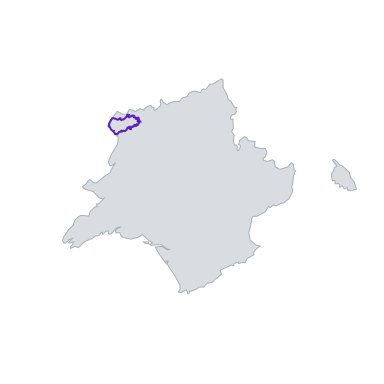 location of Pas-de-Calais within France, rotated 317°
{"feature_id": "FRA-5334", "entity_name": "Pas-de-Calais", "entity_type": "Metropolitan department", "adm_level": 1, "iso_a3": "FRA", "parent_name": "France", "parent_adm1": "", "projection": "natural_earth1", "projection_center": [2.469, 50.516], "detail": "fine", "context": "in_parent", "style": "outline", "palette": "violet", "viewbox_px": 384, "rotation_deg": 317, "n_neighbors": 0, "source": "natural_earth", "source_scale": "10m", "svg_char_len": 6479}
<svg xmlns="http://www.w3.org/2000/svg" viewBox="0 0 384 384"><g transform="rotate(317 192 192)"><path d="M282.5,160.5L280.4,161.5L279.1,163.6L277.8,164.1L275.3,164.1L274.0,162.8L271.1,163.6L269.9,165.0L271.7,166.6L265.9,173.3L262.2,175.0L261.5,179.4L257.1,182.7L255.5,186.1L255.3,186.8L256.5,187.9L256.0,190.2L253.8,191.7L253.8,193.1L254.5,193.3L257.9,192.2L259.2,190.8L258.5,189.0L261.9,186.8L268.1,187.3L268.9,190.3L268.1,192.8L272.7,198.2L268.9,200.8L268.7,202.4L272.7,207.9L275.3,210.2L274.0,213.8L269.8,216.2L267.1,216.0L266.0,216.6L266.1,217.7L268.0,221.1L272.6,223.2L273.4,225.7L272.1,226.6L270.1,230.4L271.0,232.3L270.7,233.2L271.2,234.4L272.4,235.7L278.8,239.0L284.6,238.3L285.3,240.2L281.9,245.2L282.1,247.4L280.4,247.5L280.1,248.2L276.5,249.9L270.9,255.0L268.2,256.4L267.2,259.0L265.6,260.4L257.4,263.3L255.9,262.7L251.9,262.7L249.3,260.9L244.5,259.8L242.9,257.1L238.4,256.6L238.2,254.8L231.9,256.4L223.0,254.0L219.9,251.4L217.4,252.1L215.1,254.4L205.6,260.6L201.8,266.9L202.6,274.4L204.8,278.0L198.9,277.5L195.5,278.6L194.6,280.1L186.3,278.3L183.3,279.8L182.5,279.7L181.4,278.1L177.4,276.4L178.0,275.2L177.4,274.1L173.6,273.2L172.3,274.3L170.9,272.1L160.3,268.7L158.5,268.8L157.8,272.1L151.0,272.0L150.0,271.4L145.6,272.1L140.9,269.0L135.7,269.6L132.5,266.4L129.4,266.1L125.1,264.5L123.1,263.6L122.8,262.7L121.5,264.1L119.9,263.8L119.5,263.4L120.6,261.6L120.9,259.5L115.4,258.0L114.0,256.5L114.0,255.7L116.9,255.0L119.6,252.1L122.3,241.6L124.3,229.3L125.7,227.0L127.4,226.4L126.0,224.7L124.3,226.9L125.5,215.6L127.6,207.2L132.1,210.6L133.2,212.1L134.4,217.2L137.0,219.3L135.3,217.2L133.8,210.5L132.8,208.6L125.6,203.0L125.4,201.7L128.5,202.4L127.3,198.2L126.7,189.5L122.3,188.6L115.3,184.9L110.6,178.2L110.1,175.7L111.4,173.0L110.3,171.3L108.3,170.2L109.9,167.9L111.4,167.7L116.4,169.0L112.3,166.8L105.6,167.6L102.9,166.8L102.5,165.2L104.3,163.2L102.1,162.0L98.3,162.3L97.8,161.7L99.0,160.3L98.0,159.7L94.9,160.3L93.1,159.8L91.5,158.2L86.5,157.8L85.3,156.9L78.4,154.9L71.1,155.3L69.2,152.0L64.8,150.4L65.7,149.3L70.2,148.4L71.1,147.5L67.9,146.1L66.8,144.7L72.7,144.4L70.1,143.0L64.3,143.1L63.6,141.1L64.4,139.1L67.8,137.3L76.2,135.4L82.3,135.3L86.6,133.0L90.9,132.4L94.9,133.5L100.2,139.2L104.6,136.7L111.1,136.8L112.4,138.2L114.1,135.6L115.5,137.1L123.5,136.6L121.6,135.6L120.2,133.2L120.0,124.2L116.1,117.8L115.2,115.4L115.4,113.5L120.1,113.8L124.1,112.9L125.9,113.5L126.3,117.7L127.9,120.1L138.7,120.8L145.0,122.1L150.3,119.8L155.2,118.7L155.6,118.2L152.8,118.4L150.2,117.4L149.9,116.3L151.3,113.0L158.8,109.4L169.8,106.4L172.7,104.4L175.9,100.8L175.2,99.8L175.8,89.9L177.4,86.6L181.6,84.3L192.2,81.9L193.5,85.1L193.5,86.8L196.3,89.6L197.7,90.5L202.3,89.0L204.6,91.6L205.3,94.5L210.9,95.7L212.5,99.5L213.6,98.7L217.1,98.9L218.7,99.2L221.0,100.9L220.4,103.2L221.4,104.3L220.4,106.4L221.1,107.3L227.6,107.3L229.5,106.3L230.4,104.2L232.3,103.0L233.0,103.3L231.8,107.3L232.8,108.3L233.2,111.1L235.7,111.3L240.5,113.6L244.5,117.3L249.5,116.7L253.4,118.8L257.4,117.7L261.2,118.9L262.6,119.9L266.2,125.2L268.9,124.1L270.9,124.7L271.5,126.3L278.8,125.4L280.2,126.8L281.7,127.4L290.9,129.4L291.1,131.3L285.9,137.0L283.7,145.0L282.2,147.7L281.7,149.8L282.2,151.2L282.0,153.4L280.9,158.6L281.6,160.2L282.5,160.5ZM318.7,269.5L318.3,272.8L319.7,275.2L320.4,285.0L317.8,289.6L317.4,295.3L314.2,302.1L308.8,299.1L307.1,297.4L308.5,294.8L305.4,293.4L306.1,290.9L305.7,289.7L303.5,289.5L303.4,288.9L305.0,286.9L304.9,285.7L302.8,284.2L302.4,282.9L304.3,281.4L303.4,280.0L302.3,279.7L304.9,275.3L306.7,274.0L310.8,272.7L312.5,271.1L315.3,272.0L315.7,271.6L316.4,264.6L317.4,264.5L318.3,265.4L318.7,269.5ZM126.0,198.7L125.3,200.7L122.6,197.3L122.3,195.4L126.0,198.7Z" fill="#d9dde1" stroke="#a8b0b8" stroke-width="1"/><path d="M176.0,98.1L176.3,98.1L175.3,97.3L175.3,97.2L175.6,96.4L175.6,95.4L175.7,94.5L176.3,94.1L175.8,93.6L175.7,93.2L175.6,92.2L175.5,91.2L175.5,90.8L175.5,90.4L175.9,89.5L176.1,89.2L176.2,88.8L176.1,88.3L175.8,87.4L175.8,87.1L176.2,86.7L176.4,86.7L176.7,86.7L177.1,86.6L177.3,86.3L177.8,85.7L178.4,85.3L181.7,84.2L182.0,84.2L182.6,83.9L184.2,83.8L184.9,84.5L186.3,86.8L186.9,88.4L187.3,88.7L187.8,88.9L189.4,88.8L189.7,88.9L189.9,89.2L189.8,89.4L189.4,89.7L189.2,89.9L189.2,90.2L189.3,90.3L189.5,90.6L189.4,91.0L189.5,91.3L190.2,91.4L190.5,91.5L191.3,92.2L191.6,92.3L195.5,92.3L195.9,92.4L196.2,92.2L196.7,91.6L197.1,91.5L197.4,91.5L197.7,91.7L198.2,92.3L197.7,92.4L197.4,92.6L197.2,92.8L197.1,93.0L197.1,93.5L196.9,93.9L196.8,94.0L196.8,94.3L197.0,94.5L197.4,94.7L198.1,94.5L198.4,94.5L198.6,94.7L198.8,95.0L199.8,95.0L200.0,95.1L200.4,95.3L200.5,95.5L200.6,95.9L200.8,96.3L201.4,96.4L201.5,96.5L201.5,96.9L201.2,97.1L200.6,97.5L200.5,97.9L200.9,98.3L201.3,98.6L201.6,99.0L201.6,99.3L201.5,99.5L201.0,99.9L200.9,100.2L200.9,100.4L201.1,100.6L201.3,100.6L201.9,100.4L202.2,100.3L202.6,100.4L202.9,100.6L203.4,101.0L203.5,101.2L203.5,101.4L203.4,101.5L202.9,102.0L202.7,102.3L202.1,104.7L202.1,105.3L201.1,104.8L200.9,104.7L200.7,104.7L200.3,104.7L200.2,104.8L200.1,105.2L200.1,105.3L199.9,105.5L199.6,105.6L198.9,105.6L198.6,105.7L198.2,106.0L197.9,105.9L197.9,105.7L197.9,105.4L197.9,105.1L197.7,104.8L197.4,104.9L196.8,105.3L196.4,105.5L196.1,105.5L196.0,105.3L196.1,105.2L196.3,104.9L196.4,104.6L196.2,104.2L195.8,103.7L195.6,103.6L195.3,103.6L195.2,103.8L195.2,104.0L195.2,104.3L195.3,104.5L195.2,104.6L194.9,104.6L194.7,104.5L194.4,104.3L194.0,104.2L193.3,104.1L193.1,104.0L193.0,103.9L193.1,103.6L193.0,103.4L192.7,103.4L192.4,103.4L192.3,103.6L192.1,103.6L191.9,103.6L191.5,103.5L191.0,103.5L190.8,103.6L190.6,103.7L190.5,103.9L190.4,104.1L190.1,104.3L190.0,104.2L189.8,104.1L189.7,103.9L189.6,103.6L189.6,103.4L189.6,103.2L189.9,102.8L190.3,102.6L190.9,102.3L191.1,102.2L191.2,101.9L191.0,101.7L190.2,101.4L189.7,101.3L189.5,101.5L189.4,101.6L189.2,101.5L189.1,101.4L189.0,101.2L188.9,101.1L188.7,101.0L188.5,101.4L188.3,101.5L188.1,101.5L187.7,101.5L187.2,101.7L186.8,101.7L186.5,101.7L186.1,101.8L185.0,101.8L184.8,101.8L184.5,101.7L184.3,101.5L184.1,101.3L184.1,101.1L184.0,100.8L183.9,100.7L183.5,100.5L181.9,99.8L181.9,99.6L182.0,99.5L182.1,99.4L182.2,99.2L181.7,99.1L181.4,99.3L181.1,99.4L180.8,99.2L180.6,99.1L180.4,98.8L180.2,98.7L179.9,98.5L179.6,98.4L179.3,98.4L178.5,98.5L177.5,98.8L177.3,98.8L177.0,98.8L176.8,98.7L176.6,98.6L176.1,98.1L176.0,98.1ZM200.9,103.7L201.4,103.5L201.8,103.5L201.7,103.0L201.6,102.5L201.4,102.8L201.2,102.9L200.9,103.0L200.6,103.0L200.5,103.6L200.9,103.7Z" fill="none" stroke="#5b21b6" stroke-width="2"/></g></svg>